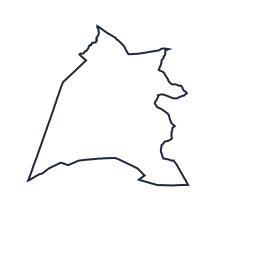 the district of Mosop, Rift Valley, Kenya, rotated 294°
{"feature_id": "3690345B59171839823035", "entity_name": "Mosop", "entity_type": "district", "adm_level": 2, "iso_a3": "KEN", "parent_name": "Kenya", "parent_adm1": "Rift Valley", "projection": "orthographic", "projection_center": [35.043, 0.418], "detail": "fine", "context": "isolated", "style": "outline", "palette": "slate", "viewbox_px": 256, "rotation_deg": 294, "n_neighbors": 0, "source": "geoboundaries", "source_scale": "gbopen_adm2", "svg_char_len": 5737}
<svg xmlns="http://www.w3.org/2000/svg" viewBox="0 0 256 256"><g transform="rotate(294 128 128)"><path d="M216.6,133.1L216.0,130.6L215.6,129.5L215.4,129.0L215.2,128.5L214.8,127.7L214.3,126.6L214.0,126.3L212.8,125.6L212.1,125.2L211.7,124.8L211.1,124.1L210.4,123.0L210.1,122.5L209.7,122.0L209.1,121.0L207.7,118.9L207.4,118.5L207.2,118.1L206.6,117.2L206.4,116.9L206.1,116.5L205.0,114.9L204.5,114.1L204.1,113.5L203.9,113.2L203.4,112.5L203.1,112.0L202.9,111.7L202.4,110.9L202.1,110.4L201.4,109.3L200.5,107.9L200.3,107.6L200.0,107.1L198.8,104.8L198.6,104.4L198.3,103.7L197.9,103.0L197.7,102.6L197.4,102.0L196.9,101.1L196.6,100.5L196.3,100.0L196.0,99.3L195.6,98.4L197.1,96.2L198.7,94.0L199.1,93.5L200.6,91.9L201.3,90.7L201.5,90.1L201.8,89.5L203.2,85.9L203.5,85.3L203.6,84.7L204.0,83.7L204.2,83.2L204.2,82.3L204.2,81.6L204.4,81.1L205.1,80.5L205.4,79.1L205.8,75.9L205.9,74.5L206.0,74.1L206.0,73.7L206.3,71.6L206.3,71.1L206.8,68.1L206.9,67.6L207.0,67.2L207.6,64.2L208.2,61.8L208.6,58.7L208.3,58.9L207.7,58.8L207.1,59.5L206.7,60.3L206.3,60.7L206.0,61.0L205.5,61.2L205.1,61.3L204.6,61.6L204.2,62.0L203.9,62.3L203.4,62.6L202.6,62.7L202.1,62.9L201.6,62.9L201.1,63.1L200.5,63.0L200.1,63.0L199.6,62.8L199.1,62.9L198.5,62.7L198.0,62.6L197.5,62.6L197.0,62.6L196.6,62.8L196.4,63.4L195.8,63.3L195.4,63.5L195.3,63.9L194.9,64.0L194.5,63.7L193.9,63.6L193.0,63.7L192.5,62.7L192.2,62.1L191.7,61.8L191.6,61.3L191.4,60.8L190.9,60.5L190.3,60.5L189.8,60.5L189.3,60.6L188.8,60.6L188.4,60.2L188.3,59.6L188.0,59.4L187.5,59.3L186.8,59.0L186.1,59.1L185.4,59.3L184.5,59.3L183.8,59.1L183.3,59.0L182.9,58.9L182.4,58.8L181.7,58.7L181.2,58.4L181.1,58.0L180.8,57.6L180.3,57.6L179.8,57.6L179.3,57.4L179.0,57.2L178.5,57.1L178.0,57.0L177.7,56.5L177.2,55.9L177.2,55.4L176.8,55.0L176.7,54.5L176.2,54.2L175.7,53.7L174.9,54.8L174.0,58.0L172.7,62.2L168.4,60.4L168.0,60.2L167.5,60.0L163.7,58.5L160.5,57.2L158.1,56.2L154.7,54.7L152.9,54.0L151.3,53.3L149.9,52.7L148.9,52.3L148.5,52.1L148.0,51.9L147.2,51.5L146.7,51.3L146.3,51.2L144.7,50.5L144.0,50.2L143.5,50.0L143.1,50.0L141.1,50.1L140.5,50.1L139.7,50.1L138.3,50.2L137.9,50.2L136.8,50.3L136.0,50.4L133.9,50.6L132.0,50.7L131.5,50.8L130.6,50.9L129.4,51.0L128.7,51.0L128.3,51.0L126.1,51.2L124.8,51.3L124.3,51.4L123.9,51.5L122.2,51.7L120.0,51.8L116.5,52.2L111.1,52.7L110.0,52.7L105.1,53.2L100.0,53.6L99.2,53.6L95.5,53.9L94.8,54.0L94.0,54.1L93.2,54.1L92.6,54.2L91.9,54.2L91.2,54.3L90.7,54.3L90.1,54.4L89.6,54.4L89.1,54.5L88.3,54.5L87.7,54.6L86.7,54.7L86.2,54.7L85.7,54.7L85.0,54.8L84.1,54.9L83.4,54.9L82.4,55.0L81.7,55.1L81.1,55.1L80.5,55.2L79.5,55.2L78.8,55.3L77.9,55.4L77.4,55.4L76.9,55.5L76.3,55.5L75.5,55.6L75.0,55.6L74.4,55.6L73.5,55.7L73.1,55.7L72.3,55.8L71.4,55.9L70.7,55.9L69.9,56.0L69.3,56.0L68.6,56.1L67.9,56.1L67.4,56.2L66.6,56.2L64.8,56.5L61.6,56.6L60.8,56.6L59.2,56.7L58.8,56.8L58.1,56.8L57.5,56.9L56.9,56.9L54.9,57.0L54.3,57.1L53.9,57.1L52.9,57.2L51.4,57.4L47.7,57.7L46.1,57.8L45.4,57.8L44.7,57.9L39.4,58.2L41.9,60.2L45.8,62.9L49.4,65.6L50.8,67.2L51.1,67.6L51.4,67.9L52.2,68.6L54.6,69.8L56.4,70.8L58.9,72.2L60.7,73.7L62.6,75.2L63.1,75.7L63.6,76.2L65.1,77.4L65.5,77.7L65.9,78.1L66.9,78.9L67.3,79.3L67.7,79.5L68.7,80.6L69.1,81.0L69.1,82.0L69.3,83.4L69.3,84.0L69.4,84.6L69.5,86.2L69.7,88.4L70.9,89.5L73.5,91.9L74.0,92.4L75.1,93.4L77.6,95.7L78.1,96.2L78.5,96.8L80.1,99.6L81.2,101.3L81.5,101.7L82.4,103.4L82.6,103.8L82.9,104.3L84.2,106.8L85.7,109.4L86.6,111.1L87.9,113.1L88.6,114.9L89.8,117.0L90.1,117.6L90.5,118.3L91.7,120.9L92.4,122.2L93.3,124.2L93.6,124.7L94.0,125.6L94.2,126.0L94.4,126.5L95.1,128.0L95.4,128.6L95.6,131.4L95.6,131.9L95.6,132.5L95.5,135.0L95.5,136.8L95.4,138.7L95.4,140.3L95.4,141.0L95.3,141.7L95.3,143.0L95.3,143.6L95.3,144.1L95.2,146.9L95.1,149.9L94.9,153.0L94.8,153.6L94.5,154.3L93.8,156.3L93.6,156.8L93.4,157.3L92.5,159.5L92.3,160.1L91.9,160.6L91.4,162.5L88.7,160.9L85.2,159.0L85.3,160.5L85.7,162.9L85.8,163.6L85.9,164.4L86.1,166.2L86.4,167.8L86.6,169.6L87.0,172.5L87.4,174.8L87.6,176.4L87.7,177.1L87.8,177.8L88.1,178.9L88.4,179.5L88.9,180.5L89.6,182.2L90.7,184.9L90.9,185.5L91.2,186.3L91.8,187.5L92.0,188.0L92.1,188.5L92.7,189.8L93.4,191.6L94.5,193.8L95.6,195.9L96.7,198.0L97.5,199.8L97.7,200.2L97.9,200.7L98.6,202.0L99.2,203.3L99.6,204.3L99.9,204.7L100.3,205.6L100.4,206.0L104.2,201.2L106.6,197.8L114.6,186.9L116.9,182.8L116.0,181.5L115.7,177.7L115.1,175.0L114.5,172.5L116.5,170.7L117.9,169.6L119.5,167.9L121.5,166.8L123.4,166.5L124.5,166.2L125.7,165.6L127.1,166.3L128.7,166.6L129.3,166.7L129.8,166.8L130.7,167.3L131.2,168.0L131.6,168.6L132.6,169.9L134.1,171.1L134.5,171.4L135.3,171.9L136.3,172.4L137.4,171.7L138.6,170.7L139.7,170.6L140.5,170.1L141.4,169.5L143.2,169.6L144.9,168.9L146.1,168.6L147.7,169.4L148.3,169.6L148.8,169.9L149.2,168.3L149.7,166.7L150.5,165.3L152.1,163.6L153.8,162.0L155.7,160.6L156.6,159.6L157.1,158.7L157.4,158.1L157.7,156.7L158.1,155.1L158.4,153.4L158.9,151.2L158.9,148.1L159.0,145.8L159.4,145.4L160.4,143.9L161.3,142.5L162.7,142.1L164.6,142.7L166.2,142.6L167.8,142.8L169.1,142.8L170.0,142.0L170.3,142.5L171.1,143.3L171.4,143.6L172.3,144.9L172.9,146.5L173.0,148.6L173.3,150.3L173.3,152.3L173.4,154.4L173.5,157.2L174.3,159.3L175.1,160.8L176.7,162.0L177.6,162.8L178.5,163.7L179.6,164.9L180.1,165.4L180.5,166.1L181.8,166.5L182.8,167.2L183.8,167.6L184.6,165.9L184.8,163.8L185.8,162.4L187.3,160.9L188.1,159.6L187.9,158.4L187.3,157.2L187.4,155.4L187.2,153.6L186.5,152.1L185.8,150.6L186.1,148.9L186.7,147.2L187.3,146.2L187.8,145.7L188.2,145.1L188.6,144.8L189.4,143.8L190.2,142.5L190.9,141.4L191.7,140.1L193.0,138.6L193.6,136.5L193.3,134.1L193.6,132.5L195.0,132.4L196.7,132.2L198.8,132.4L200.8,132.0L202.5,131.5L203.9,131.2L205.1,131.8L206.5,132.0L207.8,131.4L209.1,132.0L210.8,131.9L212.5,131.1L214.2,130.5L215.4,131.8L216.6,133.1Z" fill="none" stroke="#1e293b" stroke-width="2"/></g></svg>